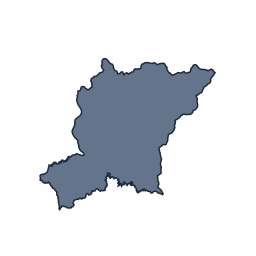 outline of Lloró, Chocó, Colombia, rotated 346°
{"feature_id": "7082276B18686190591622", "entity_name": "Lloró", "entity_type": "district", "adm_level": 2, "iso_a3": "COL", "parent_name": "Colombia", "parent_adm1": "Chocó", "projection": "robinson", "projection_center": [-76.448, 5.585], "detail": "fine", "context": "isolated", "style": "filled", "palette": "slate", "viewbox_px": 256, "rotation_deg": 346, "n_neighbors": 0, "source": "geoboundaries", "source_scale": "gbopen_adm2", "svg_char_len": 5815}
<svg xmlns="http://www.w3.org/2000/svg" viewBox="0 0 256 256"><g transform="rotate(346 128 128)"><path d="M145.4,201.0L146.0,200.5L146.1,200.0L145.0,196.0L142.5,192.6L144.3,190.0L144.6,187.7L144.3,185.6L144.8,183.9L144.9,181.6L146.6,181.0L147.2,180.5L148.8,180.2L149.4,179.2L149.6,177.1L150.9,173.9L150.5,172.5L151.1,169.6L152.9,166.7L152.8,161.8L153.1,160.6L152.9,157.5L153.2,155.0L155.0,153.9L156.3,153.6L157.9,152.4L160.1,153.3L160.8,153.2L163.7,149.4L163.9,147.9L165.7,144.3L166.6,143.8L169.4,143.4L172.2,141.0L173.6,138.8L173.5,137.3L175.3,134.2L175.5,133.3L175.3,132.3L175.7,131.9L178.5,131.2L181.3,129.9L182.4,128.6L183.9,128.6L184.8,128.0L186.0,128.2L187.9,129.2L189.3,129.2L190.7,129.7L192.9,129.6L194.6,128.4L195.3,126.9L197.5,126.6L198.8,125.8L200.5,124.2L201.2,122.2L201.4,118.9L202.2,116.4L202.2,115.0L201.7,113.5L202.1,112.9L204.2,112.7L205.7,111.8L208.1,111.3L209.7,109.1L210.6,108.3L211.2,106.8L214.4,105.9L216.0,104.6L217.9,104.4L219.5,102.7L220.1,100.3L220.5,99.7L222.9,98.2L225.9,95.3L224.8,94.1L224.4,92.4L223.3,91.2L222.4,91.1L220.5,91.7L219.2,91.6L218.2,90.6L215.1,89.3L213.1,88.8L211.3,87.3L210.7,85.6L209.4,83.3L208.3,82.8L206.6,82.9L204.9,84.7L203.8,85.2L202.2,88.1L201.5,88.7L197.6,88.9L197.1,88.5L196.1,86.9L194.8,86.9L193.5,87.5L192.7,87.5L190.0,86.4L186.5,87.2L183.9,87.5L183.4,87.4L182.1,84.8L180.9,84.1L179.9,80.3L180.5,78.7L179.4,76.7L179.0,74.6L178.2,73.8L175.9,73.4L174.0,73.3L172.6,73.6L171.4,73.4L169.7,71.1L166.9,71.2L162.4,69.1L159.8,68.8L158.4,69.4L157.0,69.5L155.8,70.7L155.1,72.8L154.5,73.3L152.9,73.3L152.1,73.0L150.9,73.1L149.3,72.3L148.8,72.9L147.8,73.2L147.1,74.3L146.4,74.8L145.0,74.6L144.0,75.2L142.7,75.2L141.4,75.9L140.3,74.2L139.3,74.2L138.0,74.6L136.9,75.5L136.6,75.1L136.5,72.9L135.9,72.0L134.3,72.3L133.3,73.2L131.2,72.9L130.9,70.3L129.5,69.3L128.6,68.0L128.6,63.5L128.3,62.5L127.2,61.8L125.9,60.3L125.0,58.1L123.7,55.9L122.1,55.0L120.7,55.0L119.2,56.3L118.6,58.0L118.6,59.9L117.7,60.5L117.2,61.2L117.3,63.5L118.4,65.7L118.1,66.4L116.8,67.6L113.6,67.7L112.9,68.6L111.5,69.0L110.2,70.0L107.3,69.9L106.3,70.9L105.3,70.9L104.0,71.7L103.2,73.7L104.1,75.6L103.3,76.8L103.3,78.7L102.9,79.6L101.9,79.8L99.6,81.1L98.3,81.2L96.2,79.1L95.8,77.8L95.0,77.1L93.2,76.7L92.5,77.1L91.0,79.6L90.1,80.2L88.2,80.1L88.0,82.6L86.5,84.0L86.4,85.8L85.2,87.8L84.9,89.5L85.3,93.5L86.8,97.9L87.1,99.9L86.5,102.3L85.5,103.6L84.2,104.5L80.1,106.3L78.7,107.3L77.8,109.4L76.9,112.4L73.3,117.0L72.9,118.0L72.9,120.1L73.5,122.9L74.6,125.3L76.2,127.4L75.8,130.6L76.0,132.9L75.6,134.5L75.9,137.0L76.5,138.5L78.9,141.7L79.0,143.0L78.7,143.4L78.3,143.7L76.5,143.5L71.8,140.4L70.5,141.3L68.4,140.9L66.1,141.5L64.2,142.7L63.6,142.2L63.7,141.4L62.7,141.6L62.4,142.6L61.8,143.0L62.0,143.5L61.4,143.2L61.0,143.5L61.3,144.3L61.1,144.9L60.5,144.6L60.2,145.0L59.8,144.4L59.0,145.3L58.4,144.6L57.5,145.3L57.5,144.4L56.3,144.1L56.7,143.3L56.1,143.2L55.3,143.6L54.5,145.4L54.0,144.5L53.3,144.3L53.0,145.3L52.6,144.9L52.2,145.9L51.7,146.0L51.2,145.6L50.4,145.7L50.2,145.1L49.7,145.2L49.5,143.8L48.0,143.8L47.8,143.4L47.3,143.7L47.6,145.0L47.1,145.0L46.6,144.5L46.1,144.9L45.0,144.9L45.1,145.6L45.5,145.9L45.2,146.7L44.5,146.2L44.5,145.8L44.1,145.8L44.2,145.3L43.3,145.6L42.3,145.0L42.3,146.3L41.6,146.6L40.2,149.4L38.9,151.2L37.8,151.8L36.0,152.4L32.8,152.2L31.6,152.5L31.1,153.1L30.9,155.9L30.1,157.1L30.5,157.7L31.0,157.2L31.4,157.3L31.9,158.8L32.3,159.2L32.2,159.5L32.5,159.6L32.5,160.2L32.8,160.6L33.7,160.7L33.9,161.2L34.2,161.0L34.4,161.6L35.4,161.3L36.5,161.9L36.9,161.6L37.3,161.8L37.6,161.3L38.0,161.4L39.3,165.5L40.2,166.2L40.0,167.6L40.8,168.6L41.7,168.9L42.4,171.3L43.3,172.4L43.4,173.3L43.0,174.1L42.7,175.6L43.6,177.9L43.0,179.1L43.2,181.1L42.8,182.0L42.5,183.8L42.7,185.0L42.3,186.3L42.6,187.3L41.7,189.1L41.6,190.3L41.8,190.7L42.1,190.7L43.1,189.1L44.3,188.9L44.7,187.9L45.1,187.7L48.5,189.4L49.3,190.5L51.2,191.3L53.5,191.7L54.3,190.8L55.4,191.0L57.1,189.5L56.6,188.1L56.9,187.0L57.9,185.5L59.3,184.9L61.6,184.8L62.6,185.3L63.9,184.5L65.0,184.7L65.3,185.4L66.1,185.7L67.1,185.0L68.1,185.5L69.8,185.1L71.6,182.0L72.8,181.8L73.1,182.4L73.7,182.8L73.7,183.4L74.3,183.2L74.9,183.6L76.8,182.8L77.1,181.3L77.7,180.5L78.2,180.4L78.4,181.0L79.1,180.8L80.6,181.1L82.4,179.6L84.0,179.8L84.5,181.1L85.9,182.7L87.2,182.1L88.8,182.9L90.6,182.9L91.6,180.4L93.1,179.6L93.1,178.9L94.1,178.2L93.8,176.4L94.3,175.3L93.9,174.2L94.1,173.7L93.3,173.7L93.3,172.8L93.8,172.5L94.0,173.2L94.3,172.4L94.8,172.7L94.4,172.1L95.1,171.6L94.7,171.2L95.1,170.0L95.8,169.3L96.3,169.3L96.5,170.0L96.8,170.1L97.6,169.6L97.7,169.2L96.9,168.2L97.2,166.7L97.5,166.8L97.6,167.7L98.7,167.4L99.5,168.1L99.5,168.9L98.4,169.6L99.0,170.6L98.8,171.0L98.1,171.3L98.6,172.5L98.9,172.5L99.6,171.3L100.4,171.8L101.3,171.5L102.2,173.8L102.9,173.2L103.5,173.3L104.9,174.0L106.6,175.9L106.4,176.3L105.5,176.4L106.6,178.1L106.7,179.2L106.6,179.5L105.7,178.8L104.9,178.8L104.7,179.4L105.6,180.3L104.6,181.8L106.5,181.3L107.0,180.6L107.5,180.5L107.7,183.0L108.1,182.6L108.8,181.1L109.3,181.8L110.4,182.0L110.4,181.5L111.2,180.9L110.8,179.5L111.4,179.5L111.7,180.1L111.8,181.2L112.5,181.3L112.8,182.9L113.3,183.4L113.7,182.6L114.3,182.6L115.0,181.9L116.4,182.5L116.8,182.0L117.5,181.9L117.6,181.0L117.8,180.8L118.4,181.2L118.8,181.9L119.3,181.9L119.3,182.3L118.9,183.0L117.3,183.4L116.8,183.9L118.0,184.7L119.2,184.7L120.7,185.8L120.3,187.1L121.4,188.6L121.4,189.3L120.9,190.3L121.1,191.0L121.4,190.7L122.0,191.6L121.4,192.4L121.7,193.1L122.4,193.2L122.5,192.9L123.2,192.8L123.3,192.2L124.0,192.1L124.3,192.5L124.7,191.9L125.0,192.2L125.8,192.1L126.7,191.3L127.1,191.3L127.4,191.7L128.0,191.1L128.3,191.9L127.8,192.5L128.9,192.6L129.4,191.8L129.8,193.0L130.3,192.6L132.3,194.4L134.0,194.9L134.6,196.6L136.0,196.8L137.3,195.9L139.1,195.8L140.5,196.8L141.3,198.3L143.7,199.5L145.4,201.0Z" fill="#64748b" stroke="#1e293b" stroke-width="1.5"/></g></svg>